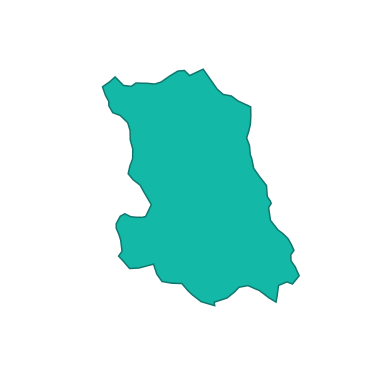 Jinan-gun, North Jeolla, South Korea, rotated 145°
{"feature_id": "91817680B51132506733028", "entity_name": "Jinan-gun", "entity_type": "district", "adm_level": 2, "iso_a3": "KOR", "parent_name": "South Korea", "parent_adm1": "North Jeolla", "projection": "natural_earth1", "projection_center": [127.438, 35.818], "detail": "fine", "context": "isolated", "style": "filled", "palette": "teal", "viewbox_px": 384, "rotation_deg": 145, "n_neighbors": 0, "source": "geoboundaries", "source_scale": "gbopen_adm2", "svg_char_len": 1345}
<svg xmlns="http://www.w3.org/2000/svg" viewBox="0 0 384 384"><g transform="rotate(145 192 192)"><path d="M162.5,59.0L152.3,61.9L150.4,71.6L150.4,78.7L147.2,83.8L142.0,85.7L140.8,91.5L140.1,98.6L141.4,105.7L143.3,111.5L144.0,123.7L138.2,135.3L133.7,137.2L133.0,139.8L133.0,145.0L127.3,154.6L127.9,166.2L127.9,175.9L124.0,184.9L122.7,189.4L118.2,197.2L116.3,204.9L111.2,208.8L105.4,213.9L100.3,220.4L96.1,226.6L95.1,228.1L99.6,235.9L102.2,240.4L104.7,248.1L110.5,254.0L112.4,261.7L112.4,270.7L112.4,286.2L127.2,288.8L128.5,295.9L134.3,299.2L143.9,299.8L154.2,299.8L160.6,301.8L165.8,306.3L175.4,313.4L181.2,313.4L187.0,318.6L189.0,330.4L196.0,329.5L205.0,329.5L207.5,320.5L208.2,314.0L210.7,310.2L211.4,302.4L206.9,295.9L204.9,285.6L207.5,277.8L212.7,270.1L215.9,261.1L221.6,253.3L228.1,248.8L233.8,243.6L233.2,235.9L230.6,227.5L231.3,220.4L232.6,204.9L244.1,198.5L247.3,199.8L251.8,203.0L256.3,206.8L259.5,212.7L264.7,213.3L272.4,209.4L274.9,205.6L276.2,199.1L278.1,193.3L283.3,183.6L288.9,181.6L288.0,175.2L287.0,165.1L278.9,160.1L264.9,155.0L267.9,145.0L267.9,135.9L260.9,128.9L252.8,122.8L251.9,113.4L250.7,107.6L247.4,96.9L238.6,85.9L237.0,89.0L224.2,85.1L214.6,85.7L208.1,87.0L199.8,83.2L195.9,76.7L193.4,72.9L189.5,60.7L186.3,53.6L181.8,58.1L174.8,65.8L165.8,63.9L162.5,59.0Z" fill="#14b8a6" stroke="#0f766e" stroke-width="1.5"/></g></svg>